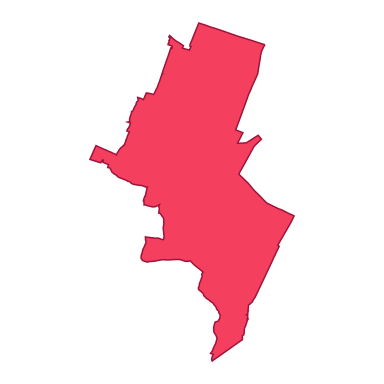 outline of Tochtepec, Puebla, Mexico
{"feature_id": "50627088B29443207316447", "entity_name": "Tochtepec", "entity_type": "district", "adm_level": 2, "iso_a3": "MEX", "parent_name": "Mexico", "parent_adm1": "Puebla", "projection": "orthographic", "projection_center": [-97.831, 18.819], "detail": "fine", "context": "isolated", "style": "filled", "palette": "rose", "viewbox_px": 384, "rotation_deg": 0, "n_neighbors": 0, "source": "geoboundaries", "source_scale": "gbopen_adm2", "svg_char_len": 5875}
<svg xmlns="http://www.w3.org/2000/svg" viewBox="0 0 384 384"><path d="M169.6,35.5L169.4,35.7L168.8,37.0L169.6,37.3L170.3,37.6L168.9,40.7L169.3,40.9L168.5,43.3L168.3,43.4L168.0,44.6L171.8,45.9L171.5,47.2L172.2,47.5L171.8,48.6L170.7,48.2L168.0,56.4L167.6,57.6L166.7,59.9L164.7,65.8L163.9,68.1L162.9,71.0L161.9,74.1L162.3,74.1L161.7,74.8L161.3,76.0L159.0,82.8L158.5,83.8L157.2,87.5L156.3,89.1L155.8,90.2L153.8,94.4L147.3,93.0L147.1,93.0L146.8,93.1L146.6,93.2L146.6,93.3L146.2,93.1L144.2,97.9L143.4,99.6L141.2,98.5L137.6,97.4L137.6,97.9L138.4,99.9L138.3,100.5L136.9,101.7L136.1,103.4L136.3,104.1L135.9,104.7L135.6,105.2L135.2,105.9L134.9,106.4L134.7,106.7L134.6,106.9L134.4,107.3L134.3,107.5L134.1,108.0L133.9,108.4L133.7,108.8L133.5,109.3L133.4,109.8L133.2,110.3L132.7,110.9L132.6,111.0L131.9,111.3L131.7,111.5L131.4,111.9L131.4,112.2L131.4,112.7L131.4,113.1L131.4,113.5L130.6,115.5L130.4,116.0L130.3,116.5L130.1,117.0L130.0,117.3L129.9,117.6L129.7,118.6L129.6,119.0L129.6,119.6L129.5,120.0L129.6,120.4L129.7,121.0L129.8,121.4L128.6,121.9L128.2,122.0L127.6,122.1L130.1,123.0L130.5,123.2L130.4,123.6L130.2,124.2L130.1,124.5L129.9,124.9L129.8,125.3L129.6,125.9L129.4,126.3L128.9,127.2L128.8,127.4L128.7,127.7L128.6,127.9L128.5,128.1L128.4,128.3L128.1,128.4L127.9,128.6L127.8,128.8L127.6,129.1L127.4,129.4L127.4,129.6L127.3,129.8L127.2,130.1L127.1,130.4L126.9,130.7L126.8,130.9L129.4,132.0L128.1,134.5L127.5,136.0L127.0,137.5L126.5,138.8L125.8,140.3L126.0,140.6L124.8,143.5L124.6,144.7L123.6,145.2L123.8,145.4L121.0,147.7L120.5,148.2L119.0,150.0L118.3,151.4L117.6,152.4L117.1,153.3L116.5,154.2L116.5,154.8L113.9,153.6L113.4,153.4L112.5,153.0L111.5,152.5L110.5,152.0L109.6,151.6L109.1,151.5L106.6,150.3L102.7,148.7L96.0,145.6L89.9,159.4L100.7,162.8L102.6,159.9L103.4,160.2L102.9,162.3L108.4,164.6L107.7,167.5L109.9,168.0L111.1,170.3L112.0,172.1L113.1,172.9L113.8,173.7L115.2,174.5L116.5,175.4L118.4,177.2L122.6,178.9L125.3,179.9L126.9,180.6L127.7,181.3L129.2,181.5L130.4,182.3L130.9,183.0L132.8,184.1L136.4,184.9L139.4,185.3L142.2,185.6L145.9,187.1L146.4,187.0L147.3,186.9L146.8,189.0L146.5,190.4L145.8,193.8L145.1,196.5L144.8,196.4L144.0,198.4L143.4,200.8L143.9,200.8L144.1,205.0L145.1,204.8L147.9,205.9L148.9,206.0L149.7,206.1L151.4,206.7L153.0,206.9L154.5,206.8L155.5,206.6L157.4,205.8L159.2,204.8L158.6,205.9L158.9,206.7L159.3,209.0L158.7,213.1L160.2,213.4L163.7,218.6L163.7,221.1L163.8,223.8L163.5,225.8L163.2,228.1L163.4,230.0L163.7,233.0L164.0,235.3L164.0,236.9L163.8,238.1L163.5,239.6L161.9,239.4L160.8,239.2L160.1,238.8L159.0,238.3L158.0,238.1L156.5,238.1L154.5,238.2L154.3,238.0L150.5,237.6L145.4,236.9L145.5,239.8L146.1,242.2L145.8,243.5L145.0,244.6L144.4,246.4L143.5,248.2L142.7,250.0L142.2,252.5L141.5,254.4L141.1,256.3L141.1,257.6L141.1,258.6L141.8,259.0L142.4,260.5L144.7,261.2L146.7,262.0L147.5,262.1L148.4,261.8L149.6,261.6L154.8,261.1L157.5,260.6L162.0,259.7L163.7,259.8L167.0,259.9L169.3,259.9L171.8,259.7L174.2,259.6L175.3,259.6L176.7,259.5L179.7,259.5L181.8,260.1L184.0,260.9L185.0,261.2L186.9,261.4L190.3,260.9L194.1,264.8L203.2,272.1L201.8,273.8L201.8,275.2L202.2,276.3L202.1,277.1L201.5,277.9L201.2,279.0L200.5,281.1L199.8,282.6L199.3,284.2L199.3,285.3L199.1,286.4L198.4,287.6L198.4,288.9L199.2,290.3L200.3,290.9L203.2,293.6L203.8,295.7L205.4,297.3L206.8,298.7L207.7,299.2L208.4,299.5L209.5,300.5L210.1,301.0L212.1,302.5L213.3,303.3L213.8,304.4L214.5,305.3L215.8,306.6L216.5,308.6L217.4,310.1L218.4,310.8L218.7,311.5L218.7,312.3L218.9,312.9L219.4,313.7L220.1,314.7L220.0,317.1L219.7,318.2L219.3,319.2L219.2,319.4L218.9,319.5L218.6,320.7L218.1,321.1L217.2,321.4L216.3,321.6L215.6,321.9L215.2,322.2L215.0,322.3L214.9,322.6L214.9,323.0L214.8,323.5L214.4,324.3L213.9,326.3L213.7,327.6L213.7,329.5L213.9,332.0L214.7,333.5L215.8,335.0L216.4,336.5L217.1,338.5L216.4,340.7L215.7,343.3L214.0,346.8L213.2,348.6L212.6,350.5L211.1,352.7L210.5,353.5L213.3,354.3L211.9,357.5L211.9,359.0L211.6,359.2L211.6,359.7L212.2,361.0L216.5,357.9L221.8,354.2L223.4,353.1L228.4,349.5L231.7,347.3L232.1,346.8L233.2,346.1L242.4,339.6L242.4,338.1L242.4,335.6L243.8,334.8L244.2,332.8L244.2,331.2L244.3,330.4L244.5,328.3L245.4,326.2L245.9,325.4L245.9,324.6L246.4,323.5L246.6,323.3L246.6,322.2L247.4,320.6L247.3,320.4L247.5,320.0L247.3,320.0L247.3,319.9L247.3,318.9L247.6,319.0L247.7,318.6L248.0,318.6L247.7,318.2L247.7,317.7L247.7,314.8L246.4,314.9L246.5,314.6L247.5,314.5L247.6,313.8L247.8,313.8L247.8,313.3L248.0,311.5L248.2,311.3L248.3,310.9L248.0,310.8L248.6,304.8L250.3,303.9L250.9,303.3L251.2,302.6L252.2,302.1L253.5,299.6L255.1,297.3L271.8,262.0L273.5,258.1L274.9,255.5L275.5,254.0L277.3,250.2L278.1,248.6L278.8,247.2L279.2,246.3L277.7,245.4L277.8,245.3L278.2,244.5L278.4,244.2L279.0,243.1L279.7,242.0L279.9,241.5L280.3,240.8L280.4,240.7L280.8,240.0L281.6,238.6L282.5,237.0L284.2,234.1L284.6,233.4L290.6,223.0L290.8,222.7L291.8,220.7L294.1,215.9L287.8,213.0L283.4,210.7L280.3,209.3L278.6,208.8L266.9,203.1L263.6,199.9L261.2,197.3L254.2,190.4L252.8,188.8L252.7,188.6L248.0,183.0L245.5,180.7L244.9,180.0L238.8,174.2L240.0,171.8L242.5,167.4L243.7,165.2L248.8,156.0L253.8,146.8L255.7,144.7L261.4,139.2L258.2,135.3L246.2,142.9L237.6,143.3L242.9,132.7L235.7,129.9L239.0,121.0L241.0,115.5L242.9,110.3L245.9,102.1L248.7,94.2L251.3,88.6L251.5,87.6L256.0,77.8L257.7,73.8L258.1,71.4L258.5,68.7L259.4,63.2L260.2,58.5L260.8,54.4L261.3,52.2L262.1,50.1L263.0,48.2L264.0,46.1L264.6,45.6L264.4,44.6L260.0,43.2L250.3,40.0L237.5,36.1L227.2,32.5L225.5,31.9L217.6,29.2L213.3,27.8L210.7,27.1L205.4,25.1L200.9,23.7L198.8,23.0L197.9,25.3L193.1,36.9L192.9,37.7L190.1,44.2L189.9,46.2L190.4,46.4L191.0,46.6L189.5,49.7L189.4,50.1L182.5,48.2L182.4,48.1L183.0,46.7L183.5,45.7L180.4,43.6L178.9,42.6L175.9,40.9L175.4,40.5L174.9,40.1L174.4,39.7L174.0,39.3L173.3,38.9L173.1,38.6L172.7,38.4L172.5,38.2L172.2,37.8L171.5,37.2L171.1,36.8L169.9,35.8L169.6,35.5Z" fill="#f43f5e" stroke="#9f1239" stroke-width="1.5"/></svg>